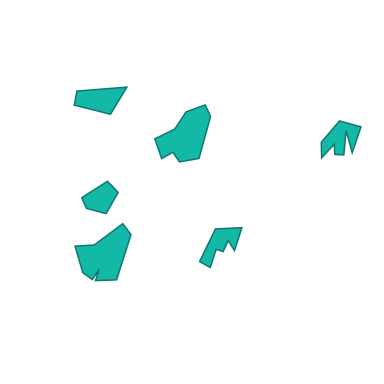 the border of Bolama, rotated 18°
{"feature_id": "GNB-770", "entity_name": "Bolama", "entity_type": "Region", "adm_level": 1, "iso_a3": "GNB", "parent_name": "Guinea-Bissau", "parent_adm1": "", "projection": "equal_earth", "projection_center": [-15.897, 11.361], "detail": "coarse", "context": "isolated", "style": "filled", "palette": "teal", "viewbox_px": 384, "rotation_deg": 18, "n_neighbors": 0, "source": "natural_earth", "source_scale": "10m", "svg_char_len": 763}
<svg xmlns="http://www.w3.org/2000/svg" viewBox="0 0 384 384"><g transform="rotate(18 192 192)"><path d="M147.2,251.5L147.4,298.9L127.6,306.1L127.6,294.0L124.3,306.1L113.0,302.4L97.5,279.6L115.3,272.7L136.0,243.5L147.2,251.5ZM156.2,137.4L161.6,117.6L177.6,105.1L186.3,114.3L188.3,157.9L170.8,167.3L161.6,160.1L152.8,169.6L140.2,152.9L156.2,137.4ZM90.5,143.2L53.2,145.8L51.4,131.5L97.6,112.4L90.5,143.2ZM250.5,210.5L250.5,234.6L241.5,227.0L240.0,239.1L232.7,239.1L232.7,258.2L220.7,255.8L225.7,219.9L250.5,210.5ZM332.6,77.9L332.2,105.1L319.6,86.0L324.9,109.8L316.2,112.2L312.5,102.7L304.7,119.4L299.6,104.8L310.3,78.8L332.6,77.9ZM117.0,239.1L96.7,240.2L88.9,231.5L108.3,207.9L121.9,215.2L117.0,239.1Z" fill="#14b8a6" stroke="#0f766e" stroke-width="1.5"/></g></svg>